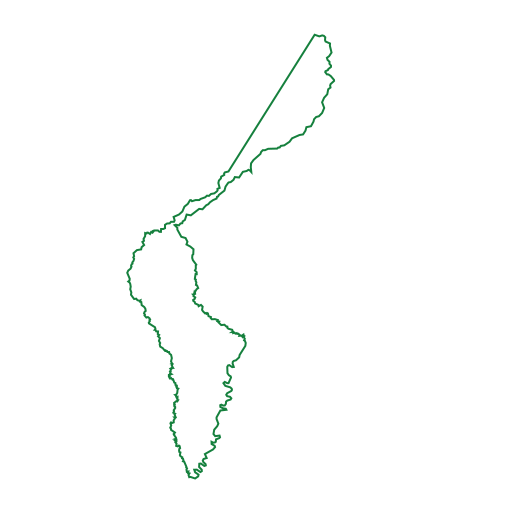 El Doncello, Caquetá, Colombia (Mercator projection), rotated 43°
{"feature_id": "7082276B94017431983929", "entity_name": "El Doncello", "entity_type": "district", "adm_level": 2, "iso_a3": "COL", "parent_name": "Colombia", "parent_adm1": "Caquetá", "projection": "mercator", "projection_center": [-75.148, 1.876], "detail": "fine", "context": "isolated", "style": "outline", "palette": "green", "viewbox_px": 512, "rotation_deg": 43, "n_neighbors": 0, "source": "geoboundaries", "source_scale": "gbopen_adm2", "svg_char_len": 6119}
<svg xmlns="http://www.w3.org/2000/svg" viewBox="0 0 512 512"><g transform="rotate(43 256 256)"><path d="M165.2,50.1L160.6,51.7L159.2,51.0L157.5,48.8L155.5,48.7L154.0,49.5L152.5,52.2L148.0,54.2L178.2,213.0L176.2,216.1L176.4,217.4L177.5,218.4L176.4,221.7L177.4,223.2L177.4,226.1L178.7,228.3L183.0,231.0L182.0,233.2L183.2,234.3L183.3,235.5L182.8,238.6L180.8,241.3L180.6,244.1L179.0,245.3L178.8,247.7L176.5,252.2L176.4,253.7L173.6,256.4L171.8,259.6L170.3,259.5L169.7,260.2L170.6,264.4L170.0,268.7L171.8,273.7L171.4,278.2L169.1,283.6L172.2,285.4L172.7,286.9L170.5,289.0L170.6,291.0L168.8,292.9L168.2,295.3L170.5,297.7L169.8,299.5L168.2,301.0L170.0,303.2L168.8,304.2L166.9,304.2L164.1,306.8L163.1,309.0L164.3,308.0L164.4,309.6L162.9,310.0L163.5,312.2L161.0,312.6L160.4,313.2L160.6,314.2L159.3,314.8L161.4,317.1L162.1,320.2L163.7,321.3L163.3,323.2L166.7,324.3L166.3,327.5L167.5,329.5L164.9,332.9L164.5,337.5L167.0,339.3L167.2,340.7L168.8,341.2L169.8,343.3L169.9,345.0L170.9,345.8L170.7,347.0L171.4,348.5L172.2,348.7L172.9,350.8L172.5,353.8L173.3,356.1L179.2,358.8L180.2,360.2L180.0,361.8L181.7,361.6L183.1,362.2L185.3,363.9L186.7,366.1L189.6,367.6L191.0,369.6L196.2,370.6L197.5,368.9L199.4,369.2L201.3,368.3L201.7,367.3L202.4,368.5L203.5,367.9L205.9,369.9L209.0,369.5L211.0,370.0L212.8,371.4L212.6,372.7L213.2,374.3L214.7,374.6L215.0,375.5L217.8,375.8L218.6,374.4L220.6,374.2L221.9,374.7L221.8,375.6L222.8,376.1L223.0,377.8L223.7,378.3L230.7,377.0L232.2,377.9L232.3,379.0L232.8,378.6L234.4,379.2L235.8,378.0L237.4,380.1L239.0,379.8L239.1,381.5L241.7,381.6L242.9,384.3L245.3,385.0L245.7,386.2L247.7,387.6L250.6,387.0L253.1,387.3L254.0,386.7L254.5,387.3L255.8,386.2L256.7,386.6L258.0,385.5L259.1,386.4L261.3,386.2L264.1,388.1L265.7,391.0L267.8,391.8L267.7,392.4L268.7,392.0L269.0,393.5L271.0,394.2L270.8,394.8L271.6,394.7L270.3,396.8L271.3,397.0L271.9,399.1L272.5,398.9L273.2,400.4L274.7,400.1L273.6,402.0L274.2,402.3L273.6,402.6L274.4,403.5L276.5,404.3L277.1,403.2L277.7,403.5L279.0,402.8L279.4,403.2L279.7,402.8L282.5,404.3L283.7,403.9L285.0,405.2L286.0,404.9L286.5,405.6L286.8,405.1L288.3,406.6L289.6,406.0L289.8,407.2L291.8,409.9L292.2,412.0L291.7,412.7L293.4,412.7L293.5,413.3L295.3,414.0L295.3,413.3L296.6,414.8L297.3,414.5L297.6,416.1L296.7,416.6L296.3,419.2L297.8,420.0L297.4,420.4L298.9,421.7L299.8,421.5L300.6,422.3L301.0,424.9L301.9,425.3L302.4,427.0L304.4,426.5L304.4,427.4L307.2,428.7L306.4,429.6L307.3,429.6L307.9,432.4L309.3,433.8L308.3,435.8L307.4,435.7L307.5,436.7L309.6,437.8L310.4,440.1L311.2,440.0L312.5,441.1L317.1,440.4L317.2,442.1L317.7,442.1L317.8,442.7L321.5,443.5L322.0,444.2L321.6,445.1L322.9,444.4L323.4,444.9L322.7,446.2L324.3,446.2L324.1,447.2L326.0,447.5L327.1,449.3L328.5,448.7L328.9,447.2L329.8,447.1L331.5,448.3L331.3,449.0L332.2,450.5L333.5,451.6L334.7,451.2L336.1,453.5L337.2,453.9L339.4,453.5L339.9,454.4L341.0,454.1L342.4,455.0L342.6,455.9L343.8,455.4L348.8,457.6L349.1,458.2L350.4,458.3L350.8,459.6L352.6,461.0L353.5,459.7L354.3,461.1L355.6,460.4L355.9,462.1L358.0,463.3L358.7,462.3L363.2,460.2L364.0,456.6L363.1,455.1L359.0,455.7L356.6,454.4L358.5,452.6L362.7,451.9L363.1,450.3L362.0,449.3L358.3,449.1L356.2,446.6L357.2,445.4L361.4,444.8L362.1,443.4L361.1,442.6L358.0,442.6L356.6,441.9L356.1,440.2L357.7,437.4L353.7,435.7L356.5,426.8L356.4,423.7L355.2,423.0L351.8,423.8L350.2,422.2L352.0,421.7L353.1,420.4L353.3,419.3L351.8,417.4L353.3,414.3L353.3,413.1L351.8,412.2L349.0,415.6L346.3,415.2L343.9,411.5L343.7,406.9L342.8,404.3L338.3,402.1L337.2,400.9L335.3,393.3L339.2,388.7L338.1,388.3L335.7,389.9L332.9,390.7L331.6,389.5L332.0,388.4L334.1,387.7L335.1,386.6L334.8,384.7L333.4,382.9L333.6,381.3L335.3,378.3L335.0,376.9L333.0,376.7L330.5,378.2L328.9,377.8L328.5,376.0L330.0,371.5L329.7,370.3L328.7,369.6L326.8,369.6L322.1,371.9L318.9,371.2L319.0,369.4L321.7,368.6L322.6,367.7L320.6,361.9L319.6,361.3L317.5,361.7L315.1,361.2L310.6,356.7L310.2,355.1L310.9,354.0L314.4,353.5L315.4,352.3L312.2,350.6L311.2,349.2L311.3,347.9L312.5,345.9L312.8,341.6L311.5,339.5L309.5,329.0L307.8,326.6L305.7,325.6L304.8,325.8L304.3,324.2L302.5,323.7L302.1,322.5L301.4,322.7L300.4,322.0L300.1,323.3L300.8,324.3L299.7,324.2L298.2,325.8L297.8,324.8L296.0,324.9L295.4,325.8L294.5,325.5L293.9,326.8L292.6,326.7L291.9,327.9L291.2,327.1L290.4,327.9L290.6,327.0L288.9,326.2L285.5,328.0L284.3,328.1L283.2,327.2L282.5,327.8L279.8,327.8L277.7,330.2L273.8,330.1L273.7,329.1L272.1,330.0L271.7,328.9L269.0,330.2L266.8,332.4L265.2,332.3L264.7,331.4L262.3,332.4L260.0,330.8L259.2,331.0L259.2,332.0L258.2,331.9L257.9,332.7L254.9,332.6L253.3,332.2L251.5,329.4L249.1,329.3L248.3,331.8L247.2,331.1L243.9,332.2L242.5,331.4L240.7,331.6L240.0,331.0L240.4,329.3L239.8,327.7L237.7,328.0L237.2,327.2L236.2,327.1L236.8,326.4L236.1,325.2L237.0,325.7L237.3,325.2L235.9,324.0L235.2,320.8L235.6,318.9L232.9,317.7L231.8,318.1L230.3,315.9L228.8,315.4L228.1,314.3L226.9,314.5L224.1,310.4L225.0,309.7L223.6,308.3L221.2,308.2L220.7,306.4L218.4,304.0L218.3,303.1L212.7,302.1L210.6,300.9L208.9,298.8L208.9,297.5L205.7,293.7L201.5,293.9L197.3,295.0L196.1,292.3L192.2,290.9L188.3,292.9L180.4,290.3L179.2,289.0L175.4,288.9L176.0,287.8L178.7,286.2L178.6,283.7L179.7,282.3L178.8,280.7L179.4,278.1L177.0,273.0L180.6,270.7L182.3,260.3L185.0,258.3L185.0,252.8L185.8,250.7L185.7,248.1L186.5,244.3L188.0,240.9L187.1,239.3L187.7,238.3L187.2,236.7L188.3,229.7L186.4,226.0L185.8,221.9L185.8,220.9L187.1,219.2L187.6,215.6L186.7,212.7L190.1,210.1L189.0,203.4L191.2,200.2L191.7,198.1L193.0,197.6L195.3,197.8L191.6,194.6L189.2,191.6L188.7,187.5L189.6,178.3L188.8,176.5L188.8,174.0L190.4,172.5L191.8,169.3L198.2,163.0L198.3,161.5L199.3,160.5L199.1,158.5L201.2,155.8L202.6,149.6L202.1,145.3L205.3,137.8L207.5,135.0L206.7,130.6L205.0,127.4L207.7,123.6L206.4,118.5L205.2,116.4L205.2,113.3L206.7,110.9L206.8,106.3L204.9,101.2L199.5,98.5L197.9,93.8L197.8,89.1L195.1,84.8L195.6,82.0L193.9,80.7L193.3,79.3L193.7,74.7L192.9,74.0L187.9,73.4L185.2,73.8L184.0,74.8L181.2,74.3L180.8,73.4L181.8,71.0L181.4,70.1L181.9,66.6L181.0,65.6L178.6,65.3L177.3,63.8L174.6,63.8L172.7,62.7L173.2,60.0L172.5,55.7L166.7,51.9L165.2,50.1Z" fill="none" stroke="#15803d" stroke-width="2"/></g></svg>